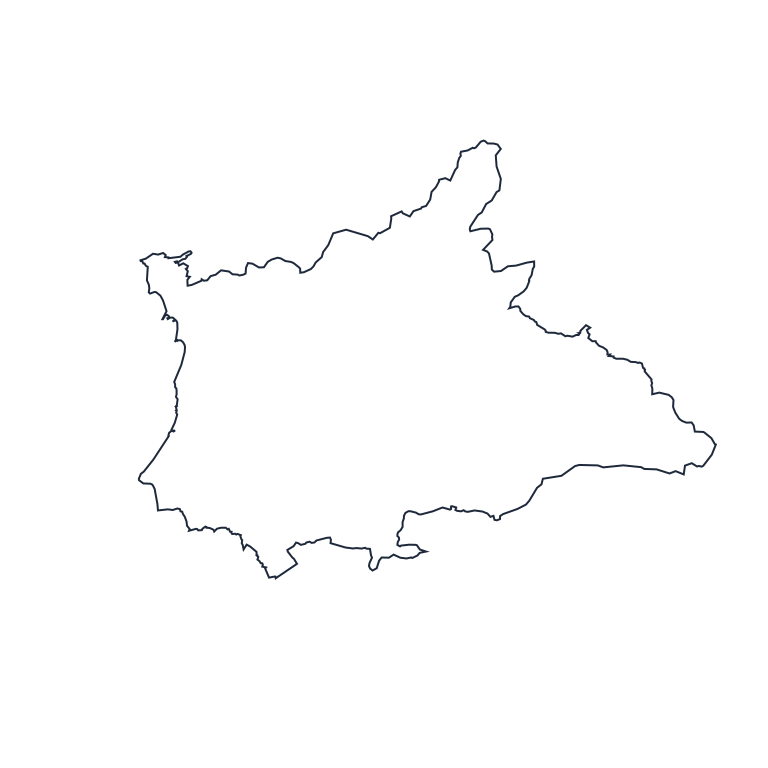 Arklow Lea-6, Wicklow, Ireland, rotated 151°
{"feature_id": "5873133B66309830606527", "entity_name": "Arklow Lea-6", "entity_type": "district", "adm_level": 2, "iso_a3": "IRL", "parent_name": "Ireland", "parent_adm1": "Wicklow", "projection": "natural_earth1", "projection_center": [-6.256, 52.881], "detail": "fine", "context": "isolated", "style": "outline", "palette": "slate", "viewbox_px": 768, "rotation_deg": 151, "n_neighbors": 0, "source": "geoboundaries", "source_scale": "gbopen_adm2", "svg_char_len": 6166}
<svg xmlns="http://www.w3.org/2000/svg" viewBox="0 0 768 768"><g transform="rotate(151 384 384)"><path d="M165.7,159.6L160.3,166.7L153.2,165.5L150.2,160.1L148.4,159.7L146.2,157.7L144.4,157.7L131.5,163.3L123.1,170.2L123.8,171.1L123.9,177.9L127.2,186.0L127.9,187.2L135.2,191.7L133.2,197.7L133.6,201.2L138.4,203.7L141.3,207.3L142.7,210.5L143.1,217.8L142.6,221.9L142.2,223.9L138.6,229.6L138.7,232.8L140.3,236.5L147.4,243.0L154.4,245.0L151.5,249.9L150.8,253.2L149.1,254.7L148.7,257.1L147.8,258.3L149.9,268.6L148.8,270.0L149.2,270.5L148.8,271.5L149.6,272.5L148.5,276.9L150.1,278.9L151.5,279.2L153.2,281.1L157.5,283.8L159.4,287.2L162.8,290.3L168.6,293.5L170.4,295.8L169.8,296.8L173.8,299.5L172.0,300.2L174.3,301.5L173.0,303.5L172.8,305.9L174.6,309.7L177.4,313.2L178.4,317.4L178.1,318.8L181.1,320.5L183.0,325.2L180.1,327.8L180.8,329.7L180.3,333.0L176.4,333.3L178.8,337.5L186.4,335.3L187.3,333.9L188.8,334.2L188.2,333.4L190.1,332.5L192.1,333.7L196.1,334.0L200.2,337.3L202.2,337.8L204.7,342.5L207.2,343.4L209.7,345.9L215.5,349.3L217.3,351.2L216.7,352.5L217.1,354.0L221.4,361.5L220.7,364.3L221.7,365.4L222.0,367.5L224.5,370.8L224.4,372.6L227.1,374.7L228.4,377.6L229.3,381.8L228.4,383.7L228.8,386.6L231.4,388.1L237.7,389.5L236.1,390.3L233.6,393.9L227.3,396.9L223.7,396.5L216.9,397.3L212.5,399.0L206.9,403.7L207.0,404.4L205.8,405.6L202.2,407.6L198.0,412.6L195.7,413.9L193.3,418.4L200.2,420.9L211.0,423.5L218.6,426.9L226.9,426.1L233.3,428.9L234.2,431.8L232.4,435.4L228.9,447.3L229.5,449.8L232.3,453.3L219.3,457.4L218.2,460.3L216.7,462.3L216.3,468.0L217.5,469.4L224.1,472.9L234.4,475.7L234.0,477.7L232.2,479.8L219.9,486.3L215.3,486.7L207.4,491.9L200.8,492.3L192.5,497.3L189.2,497.4L182.4,506.7L180.1,519.6L175.4,529.8L167.9,533.0L168.6,538.4L171.3,541.0L176.8,544.2L177.8,547.3L178.9,548.6L182.0,549.0L189.1,546.3L190.9,546.5L191.9,547.6L197.6,547.7L204.0,549.8L205.4,548.6L206.2,546.3L208.5,545.3L212.0,542.1L214.8,537.9L217.9,536.8L227.4,529.8L230.6,534.3L236.8,535.9L237.8,534.4L243.3,530.9L249.2,529.0L254.2,522.9L260.9,519.3L265.2,520.3L266.6,519.5L274.4,520.9L280.2,518.0L284.8,524.2L284.9,526.4L296.5,527.3L297.4,525.2L303.1,517.8L314.3,517.8L315.6,519.0L323.7,515.8L326.4,521.1L342.3,537.3L355.4,540.4L365.4,532.5L373.3,528.9L376.9,525.2L384.9,523.4L388.5,521.1L392.2,520.0L399.9,520.6L403.3,521.9L401.5,525.4L401.6,526.7L404.4,533.5L406.2,535.9L410.7,539.4L413.4,543.9L415.8,546.0L421.7,547.3L426.5,547.2L432.4,544.3L436.8,546.5L440.7,553.0L444.3,555.7L448.3,552.6L451.5,547.7L454.0,547.8L457.9,549.0L458.9,550.6L463.3,553.4L465.0,557.5L471.4,562.4L478.2,561.2L483.4,562.4L488.3,560.4L491.4,561.6L492.7,564.0L493.6,562.8L504.3,563.9L508.1,565.2L505.5,570.4L501.9,571.9L504.4,574.0L500.9,577.8L501.5,580.7L499.9,580.8L498.3,582.2L501.1,586.9L505.8,587.0L505.3,590.2L507.5,590.9L507.7,592.2L505.6,591.7L505.2,590.3L499.8,590.7L497.0,589.8L494.6,590.8L494.7,591.7L489.9,591.4L488.7,592.0L488.9,593.9L490.4,594.6L497.0,594.7L500.4,594.0L511.5,598.5L511.1,599.2L514.1,601.2L512.4,602.6L513.7,605.7L518.8,606.7L522.9,609.9L531.6,609.1L537.0,610.3L537.2,609.5L535.9,608.5L536.1,606.1L535.0,605.4L535.0,602.9L533.8,601.0L541.1,589.6L541.6,584.6L543.0,581.2L545.3,578.3L544.8,576.5L540.2,575.8L538.8,574.8L536.7,569.6L536.8,564.1L538.9,553.1L546.4,548.1L545.9,547.8L542.4,549.9L540.3,549.8L539.3,547.7L539.5,546.3L541.6,546.5L541.6,545.6L538.9,545.8L536.5,544.4L535.5,541.5L538.7,541.2L535.5,540.8L535.0,539.9L535.1,537.8L538.1,532.0L544.6,523.5L546.6,522.2L543.7,523.2L543.2,522.5L545.0,521.7L543.4,522.2L540.5,520.7L539.5,517.9L539.5,514.5L540.3,512.5L542.9,508.5L552.1,498.9L566.5,487.5L566.8,485.1L568.2,482.5L567.8,480.7L568.6,478.8L570.4,475.5L572.2,473.6L571.9,470.7L575.5,465.9L576.8,465.4L576.3,464.9L577.2,464.6L577.9,461.9L578.8,461.7L578.5,460.8L579.7,459.6L579.7,457.5L585.8,451.5L592.1,447.0L592.2,446.0L589.3,444.6L591.1,444.5L591.6,445.6L593.2,446.0L595.7,445.4L597.7,443.3L597.5,442.8L622.4,429.7L636.6,423.8L640.2,423.3L644.4,419.9L644.9,418.6L642.7,413.7L636.6,410.0L635.5,408.5L635.3,407.0L635.5,403.3L640.4,388.8L643.0,383.0L633.9,379.2L629.8,376.2L625.1,375.3L623.2,373.6L623.7,371.3L622.4,370.1L622.9,367.8L622.6,364.4L623.4,359.4L625.0,355.5L624.3,351.3L625.7,350.2L618.5,348.4L617.7,347.7L617.5,346.1L614.2,344.5L613.0,345.4L609.4,345.9L608.6,345.0L608.9,344.3L606.4,342.7L604.3,340.0L603.7,338.7L604.0,337.3L600.3,338.4L596.2,337.3L592.1,335.0L591.3,332.7L590.0,332.6L590.2,329.4L589.1,328.7L589.6,328.3L589.5,326.4L586.8,325.2L586.2,324.0L584.9,324.0L582.5,321.2L583.4,320.6L584.0,317.3L583.7,316.2L585.6,313.7L585.6,311.7L587.0,307.4L582.0,310.1L579.8,306.6L577.2,299.9L576.9,298.8L578.2,296.6L577.9,295.9L578.5,295.8L577.8,293.7L579.8,291.8L578.8,289.5L578.7,287.1L577.4,286.2L577.6,284.6L579.0,283.3L576.1,280.7L577.4,280.2L578.4,270.4L572.9,268.6L572.3,268.2L572.9,266.6L547.3,268.9L547.5,274.7L548.3,276.7L549.4,283.9L549.0,285.7L541.7,286.0L537.8,287.9L536.2,286.4L534.7,283.6L530.3,282.4L528.8,283.0L525.5,282.1L524.3,280.1L521.6,279.1L519.0,279.9L508.6,277.2L505.7,275.9L505.9,273.6L507.9,270.7L497.0,259.7L490.9,255.2L487.7,253.9L483.3,250.9L479.9,249.9L479.3,248.6L476.2,246.6L478.4,240.5L478.7,237.9L483.4,234.5L485.4,232.1L485.6,229.2L484.4,226.4L479.7,226.4L474.0,231.8L470.2,233.4L463.9,229.7L458.3,230.1L453.9,224.1L448.9,220.5L444.3,219.1L443.6,218.1L437.8,217.8L434.7,219.0L428.5,217.1L432.9,221.9L433.4,227.1L434.2,227.9L439.6,231.1L447.4,234.4L448.7,234.2L450.3,236.8L448.7,239.0L446.1,240.7L445.4,242.6L446.0,244.5L445.2,246.0L443.7,247.4L440.3,248.1L437.0,250.0L434.7,254.2L431.7,256.9L430.5,259.0L427.9,260.8L426.3,260.9L424.3,260.9L422.3,259.7L418.4,256.0L416.8,253.2L414.9,252.0L403.1,249.0L392.7,247.6L387.1,242.1L386.0,242.1L384.7,244.4L383.7,244.1L380.7,241.0L382.6,239.2L381.6,237.7L378.4,235.3L375.5,235.0L374.8,233.3L372.8,231.6L366.1,229.5L359.7,224.7L356.3,220.5L355.3,216.2L352.2,215.6L353.2,211.6L351.4,210.1L348.1,209.6L346.5,212.2L342.9,212.5L327.8,210.0L318.3,209.7L313.5,211.5L300.5,219.0L294.9,219.9L291.0,224.1L273.3,217.7L256.7,219.6L252.4,218.5L236.4,209.1L232.7,204.8L214.1,196.8L199.4,186.6L197.5,183.5L187.0,177.2L177.6,167.3L171.2,166.4L165.7,159.6Z" fill="none" stroke="#1e293b" stroke-width="2"/></g></svg>